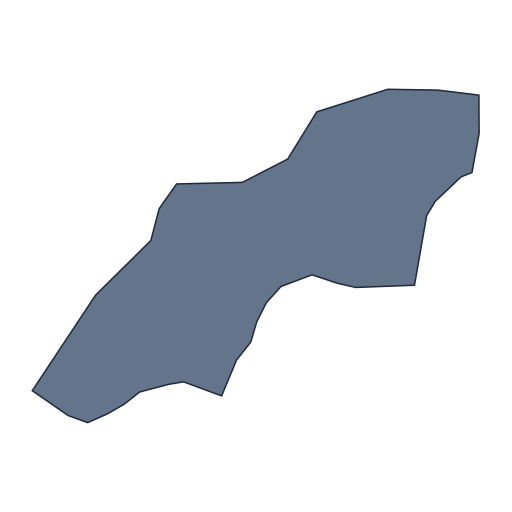 SVG path tracing the border of Cankova, rotated 93°
{"feature_id": "SVN-926", "entity_name": "Cankova", "entity_type": "Municipality", "adm_level": 1, "iso_a3": "SVN", "parent_name": "Slovenia", "parent_adm1": "", "projection": "robinson", "projection_center": [16.051, 46.7], "detail": "fine", "context": "isolated", "style": "filled", "palette": "slate", "viewbox_px": 512, "rotation_deg": 93, "n_neighbors": 0, "source": "natural_earth", "source_scale": "10m", "svg_char_len": 579}
<svg xmlns="http://www.w3.org/2000/svg" viewBox="0 0 512 512"><g transform="rotate(93 256 256)"><path d="M188.2,339.1L183.2,273.5L157.5,229.4L108.8,202.8L82.6,133.1L80.8,83.2L83.7,41.8L122.0,39.6L161.3,44.7L166.3,55.4L192.2,80.0L206.8,87.7L276.9,96.2L282.2,154.8L279.0,173.2L271.9,199.1L285.1,229.4L302.1,243.2L321.7,251.8L342.2,256.7L361.0,270.0L397.5,283.0L385.5,321.7L388.7,336.5L397.9,365.1L410.7,379.6L421.3,395.9L431.2,415.4L425.2,435.2L402.2,472.4L303.4,414.1L246.1,361.9L245.4,361.7L213.6,355.1L188.2,339.1Z" fill="#64748b" stroke="#1e293b" stroke-width="1.5"/></g></svg>